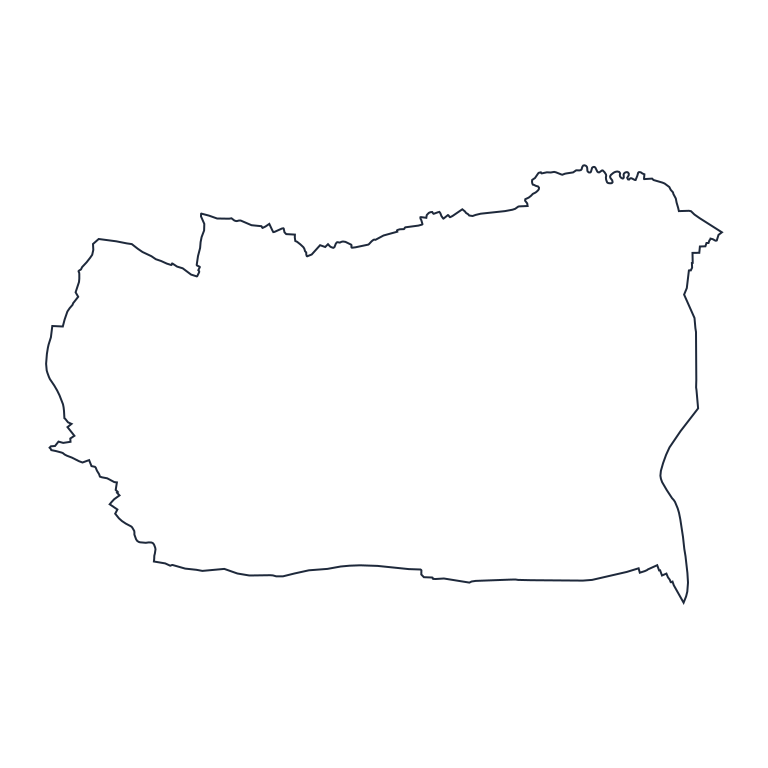 the district of Phak Hai, Phra Nakhon Si Ayutthaya, Thailand
{"feature_id": "78962969B77944548728252", "entity_name": "Phak Hai", "entity_type": "district", "adm_level": 2, "iso_a3": "THA", "parent_name": "Thailand", "parent_adm1": "Phra Nakhon Si Ayutthaya", "projection": "albers", "projection_center": [100.331, 14.454], "detail": "fine", "context": "isolated", "style": "outline", "palette": "slate", "viewbox_px": 768, "rotation_deg": 0, "n_neighbors": 0, "source": "geoboundaries", "source_scale": "gbopen_adm2", "svg_char_len": 6058}
<svg xmlns="http://www.w3.org/2000/svg" viewBox="0 0 768 768"><path d="M698.1,408.4L696.5,390.2L696.1,387.4L696.3,380.1L696.0,332.0L695.4,328.2L694.5,318.0L684.1,294.6L686.8,288.1L688.9,270.5L689.1,270.3L690.8,270.4L692.1,267.7L691.9,263.0L692.7,262.9L692.5,252.9L699.3,252.8L699.9,246.5L705.4,246.3L706.5,243.0L708.5,243.0L709.4,240.4L710.1,239.7L710.5,238.6L712.8,239.2L715.3,240.6L716.0,240.7L716.8,240.4L718.5,234.9L721.9,232.3L699.7,218.2L694.4,214.5L691.0,211.2L688.9,210.8L678.9,211.1L678.1,207.7L676.6,202.6L675.8,198.5L673.4,194.0L673.0,192.4L670.7,189.8L669.3,187.0L664.6,183.5L662.4,182.6L653.5,180.0L652.1,178.6L644.2,179.1L644.0,178.9L644.4,174.3L642.4,173.5L641.1,172.5L639.8,172.1L638.8,172.2L638.2,172.7L637.3,175.8L635.6,180.0L634.7,179.9L631.8,178.4L631.0,178.2L630.2,178.4L629.0,179.6L628.0,179.4L627.2,177.8L628.7,175.3L628.8,173.7L628.1,172.6L627.0,172.1L625.8,172.3L624.9,172.7L624.0,173.5L623.6,174.7L623.8,177.2L623.6,177.9L623.2,178.4L622.4,178.5L620.8,177.5L620.0,176.3L619.8,175.1L620.1,173.4L619.7,172.6L619.0,171.9L617.3,171.5L616.0,171.7L614.5,172.2L613.2,173.0L610.9,174.9L610.2,176.1L610.1,176.9L610.5,178.1L612.2,180.3L612.6,182.1L612.2,182.8L611.5,183.2L610.0,183.3L608.4,183.1L607.5,182.7L607.0,182.1L606.1,179.6L605.9,177.3L606.2,175.9L606.0,174.5L604.6,172.3L602.8,170.5L602.4,170.4L601.9,170.5L599.4,172.3L598.2,172.3L597.3,171.6L595.4,167.7L594.6,167.0L593.8,166.9L592.6,167.3L592.1,167.8L591.0,171.6L590.6,172.2L590.0,172.5L588.8,172.4L587.7,171.5L587.4,170.8L587.2,168.0L586.8,166.7L585.9,165.8L584.6,165.3L583.3,165.5L582.7,166.2L582.2,167.1L581.6,169.3L580.8,170.1L579.4,170.4L576.2,170.3L573.1,172.4L566.6,173.4L565.0,173.7L562.4,174.7L561.4,174.5L555.9,172.3L554.1,171.9L550.7,172.5L546.9,172.3L541.7,173.4L541.3,173.2L540.8,172.3L538.8,172.8L538.3,173.2L535.0,178.0L532.2,179.9L532.0,181.4L532.2,183.1L532.8,184.6L534.2,185.0L535.7,185.8L538.1,186.5L539.0,187.7L538.9,189.0L538.2,190.2L536.5,191.8L535.4,192.6L532.8,193.9L531.0,195.8L528.7,197.6L525.3,199.2L525.1,200.7L527.2,203.4L527.6,206.0L519.0,206.4L518.1,206.7L515.2,208.8L512.5,209.7L505.0,211.1L480.7,213.7L475.7,214.9L472.6,216.0L469.2,215.5L468.2,214.3L466.0,212.9L464.9,211.4L462.3,209.3L452.5,216.0L450.3,217.1L449.8,217.1L448.3,215.2L447.9,215.1L443.5,218.6L443.2,218.5L441.4,216.0L440.4,213.3L439.4,211.9L437.8,212.3L433.7,213.8L433.2,213.5L432.2,212.0L430.4,212.2L428.8,212.9L426.9,214.9L426.7,215.3L426.3,217.8L420.9,217.1L420.4,217.3L420.5,218.7L421.3,220.1L422.4,223.9L422.4,224.3L422.0,224.6L418.4,225.6L405.5,227.3L404.8,227.7L404.4,228.7L403.9,229.1L399.8,229.3L397.8,229.9L397.0,230.4L397.3,231.7L383.5,235.5L375.5,239.8L374.2,239.6L373.4,239.9L371.6,241.3L368.9,244.2L368.3,244.6L355.5,247.3L352.3,247.7L351.7,247.6L351.4,247.1L351.5,245.2L351.2,244.7L345.5,241.9L343.0,241.5L341.5,241.8L339.8,242.6L337.6,242.2L336.8,242.4L335.8,243.7L334.5,247.0L333.5,247.8L332.7,247.7L330.9,247.0L329.9,246.3L328.0,244.2L325.2,247.0L320.1,245.2L311.7,254.5L307.2,256.3L306.8,256.1L306.3,254.7L306.2,252.4L305.1,251.3L304.3,248.7L303.4,247.2L300.4,244.4L297.1,241.8L295.3,241.0L294.8,237.5L294.9,234.6L286.2,234.1L284.5,232.3L283.7,228.6L283.4,228.3L282.0,228.5L274.5,231.9L273.3,232.1L272.2,230.1L269.3,223.9L265.5,226.5L262.6,227.9L262.2,227.6L261.7,226.5L261.4,226.2L251.5,225.2L240.6,220.5L239.1,220.5L236.8,221.1L235.4,220.9L234.2,220.4L231.5,218.3L229.1,218.7L217.1,218.5L208.9,215.6L201.3,213.6L201.1,213.8L201.0,216.4L204.3,223.9L204.1,230.5L201.6,237.1L200.6,242.1L200.1,248.0L198.0,256.1L196.7,264.9L196.9,265.4L199.7,266.8L199.8,267.2L198.3,270.2L199.2,271.3L199.1,272.3L197.2,276.2L196.8,276.4L191.1,274.6L182.7,268.3L177.1,266.6L172.4,263.5L172.1,263.5L171.6,264.8L171.2,265.0L166.8,263.6L161.1,261.0L155.8,259.2L151.4,256.2L142.5,252.0L137.7,248.7L131.8,244.1L126.9,243.4L116.2,241.3L98.7,239.0L93.0,244.0L93.3,249.9L92.2,254.8L90.2,257.7L86.6,262.3L82.1,267.1L81.0,269.4L79.2,270.5L78.6,271.1L78.6,271.6L79.2,272.8L79.3,274.1L79.3,278.8L79.0,282.0L75.6,292.3L78.2,296.8L73.2,303.1L72.5,304.9L69.7,308.1L67.4,311.5L64.6,319.6L62.8,326.5L52.3,326.0L50.9,337.3L48.6,344.6L47.9,347.7L46.9,353.9L46.1,363.8L46.7,370.4L47.4,372.8L48.9,376.9L49.9,379.1L54.3,385.6L57.2,390.6L59.5,395.3L63.0,404.3L63.6,407.4L64.0,410.9L64.4,418.2L65.2,418.8L68.0,422.3L71.5,423.9L67.5,427.1L74.4,435.8L70.3,438.5L70.5,441.8L63.2,442.9L58.5,441.6L55.0,446.0L50.9,446.3L49.6,447.7L50.6,448.7L51.3,450.1L56.1,451.1L61.7,452.6L62.9,453.1L64.6,454.5L66.9,455.7L71.9,457.6L79.0,461.2L82.5,462.5L89.1,460.1L91.5,466.1L94.9,466.8L95.7,467.6L96.9,470.6L99.1,474.2L99.9,476.6L101.9,477.3L107.2,478.3L114.3,482.1L116.9,482.4L115.7,489.9L117.8,492.0L117.0,492.7L119.5,495.4L114.2,499.2L111.6,502.0L109.7,504.3L117.4,509.5L115.2,513.7L118.9,518.3L121.9,521.0L125.8,523.6L131.1,526.4L132.1,527.3L134.2,530.9L134.4,532.2L134.4,534.6L136.1,539.3L137.2,540.9L138.7,541.9L140.0,542.3L145.8,542.8L148.7,542.4L151.3,542.5L152.7,543.0L153.7,544.1L154.2,545.0L155.2,547.7L155.5,549.3L154.9,553.4L154.3,555.8L154.2,558.8L153.9,561.5L165.2,563.4L170.2,565.7L172.1,565.0L172.6,565.0L185.2,568.6L196.4,569.8L202.4,570.9L224.3,568.9L237.4,573.5L249.4,575.5L270.2,575.2L272.9,575.4L276.1,576.3L283.1,576.3L294.4,573.5L308.9,570.3L327.4,568.9L340.7,566.5L349.6,565.7L360.1,565.3L377.5,565.9L408.8,569.1L420.5,569.5L421.2,570.0L421.4,570.4L421.3,574.5L423.9,577.2L432.2,577.5L432.6,577.7L432.8,578.7L433.3,578.9L435.7,579.0L443.9,578.5L469.4,582.6L471.6,581.5L475.7,580.9L510.7,579.6L515.5,579.5L518.0,579.9L531.1,580.2L582.9,580.6L592.1,579.9L626.9,571.9L638.6,568.3L639.8,572.7L644.8,571.1L647.0,570.1L647.9,569.4L657.2,565.2L659.1,570.4L660.1,570.3L662.0,575.5L666.4,573.6L668.0,577.4L669.7,579.6L670.7,582.1L671.0,582.3L672.5,581.6L673.8,585.3L683.6,602.7L686.1,596.4L687.3,591.6L688.0,582.6L687.4,572.9L685.5,556.2L684.3,548.9L683.0,537.0L680.3,519.3L679.0,512.8L677.7,508.4L675.0,501.9L673.8,500.1L672.0,498.1L666.7,490.0L662.1,482.1L660.9,478.7L660.4,475.7L660.9,470.8L663.1,463.1L666.1,454.8L669.5,447.4L680.5,431.2L698.1,408.4Z" fill="none" stroke="#1e293b" stroke-width="2"/></svg>